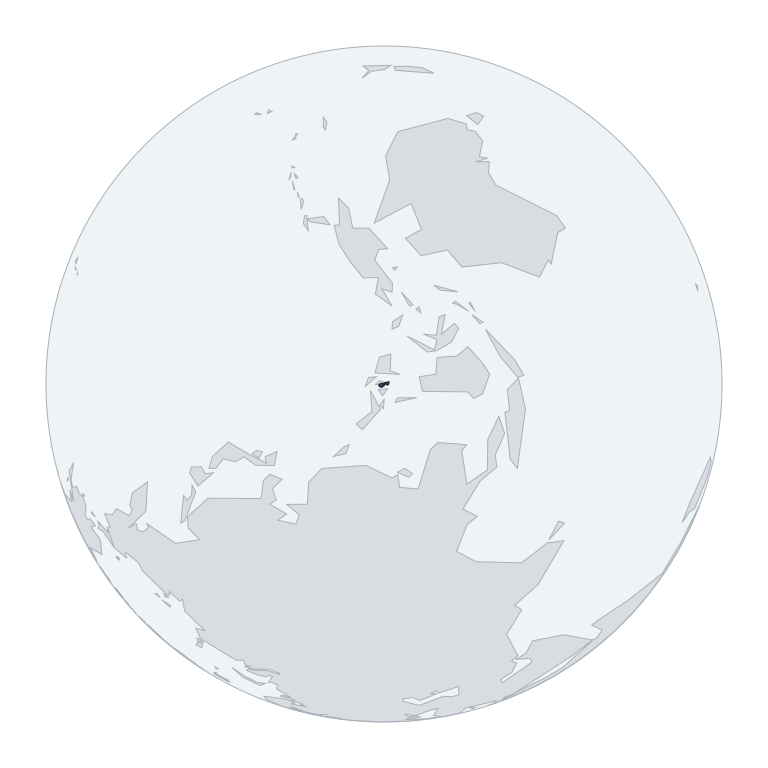 Negros Occidental on an orthographic globe, rotated 220°
{"feature_id": "PHL-2518", "entity_name": "Negros Occidental", "entity_type": "Province", "adm_level": 1, "iso_a3": "PHL", "parent_name": "Philippines", "parent_adm1": "", "projection": "orthographic", "projection_center": [123.001, 10.217], "detail": "fine", "context": "on_globe", "style": "filled", "palette": "slate", "viewbox_px": 768, "rotation_deg": 220, "n_neighbors": 0, "source": "natural_earth", "source_scale": "10m", "svg_char_len": 9768}
<svg xmlns="http://www.w3.org/2000/svg" viewBox="0 0 768 768"><g transform="rotate(220 384 384)"><circle cx="384" cy="384" r="338" fill="#eef3f6" stroke="#a8b0b8"/><path d="M656.3,507.4L656.0,509.7L655.7,510.1L656.3,507.4ZM567.3,100.1L557.9,94.5L548.4,93.5L556.7,101.0L546.0,94.2L569.2,115.0L571.3,124.2L562.1,109.3L555.8,104.6L553.7,108.0L546.9,104.0L541.9,103.8L533.9,99.2L529.1,92.0L523.8,89.2L522.7,91.9L513.9,89.9L516.4,86.1L501.3,82.4L490.5,72.1L503.6,69.8L490.8,64.1L488.9,62.8L516.1,73.0L542.2,85.4L567.3,100.1ZM700.0,284.8L697.2,277.5L699.6,280.6L700.0,284.8ZM695.0,274.1L696.1,276.3L695.1,274.7L695.0,274.1ZM694.0,273.6L694.7,274.0L694.2,274.3L694.0,273.6ZM692.9,273.9L693.4,273.4L693.4,273.8L692.9,273.9ZM690.2,272.1L689.4,271.4L689.6,270.1L690.2,272.1ZM579.0,108.0L577.6,107.1L576.6,106.4L579.0,108.0ZM564.1,107.9L564.4,106.1L566.5,109.4L564.1,107.9ZM542.6,104.7L544.8,106.6L541.3,105.8L542.6,104.7ZM525.8,98.2L519.6,96.7L525.1,96.9L525.8,98.2ZM515.4,95.1L500.4,92.7L503.9,96.5L485.7,85.3L504.5,90.5L510.7,89.7L510.7,92.3L515.4,95.1ZM478.1,59.4L478.7,59.7L466.4,56.4L463.6,55.6L478.1,59.4ZM478.1,80.1L473.8,78.8L477.4,78.8L478.1,80.1ZM485.1,61.8L482.1,61.2L471.4,58.2L468.8,57.8L466.0,56.3L485.1,61.8ZM458.6,54.6L454.7,53.7L459.2,55.0L451.3,53.3L450.9,52.8L447.7,52.4L445.3,51.9L447.7,52.1L458.6,54.6ZM432.4,49.6L432.0,49.5L431.6,49.5L432.4,49.6ZM442.0,51.1L441.0,50.9L435.4,50.0L436.1,50.1L442.0,51.1ZM446.1,52.6L458.3,55.2L458.0,55.3L446.1,52.6ZM428.3,49.0L429.2,49.2L427.3,48.9L428.3,49.0ZM440.0,51.2L444.4,52.0L443.9,52.0L440.0,51.2ZM427.3,49.0L426.3,48.8L430.0,49.3L427.3,49.0ZM432.7,49.9L431.0,49.8L432.0,49.6L434.7,50.2L432.7,49.9ZM438.9,51.1L440.0,51.4L437.1,50.8L438.9,51.1ZM413.8,47.9L414.1,47.5L422.4,48.3L420.9,48.5L413.8,47.9ZM97.7,204.4L94.7,209.7L94.3,213.6L113.3,188.1L114.1,181.0L125.0,167.1L133.0,161.8L133.9,170.2L138.1,165.2L146.6,150.5L156.0,144.1L150.6,145.1L145.9,150.8L142.4,152.1L146.4,147.1L149.6,144.7L151.9,140.8L136.2,154.9L129.9,162.3L130.1,161.1L149.6,140.5L170.9,121.7L193.7,104.8L192.7,105.5L195.1,104.0L205.6,97.4L202.3,100.0L213.4,93.2L215.6,93.9L222.2,88.0L234.6,81.8L243.0,79.0L248.3,76.3L234.7,81.2L228.1,84.3L220.6,88.4L208.8,95.0L231.3,82.6L254.6,71.9L270.8,66.9L275.4,67.6L255.7,80.1L247.2,82.5L250.0,78.8L235.4,87.3L242.3,84.1L239.6,86.7L250.8,82.9L249.4,84.6L262.6,78.4L262.1,80.2L253.8,84.1L270.0,81.5L272.5,85.1L276.9,83.8L280.8,81.3L281.4,88.4L284.5,87.2L285.6,84.3L292.6,80.3L305.2,76.4L304.7,79.0L300.1,80.8L289.7,89.1L277.5,94.4L278.5,95.2L289.0,91.4L301.8,81.0L309.5,78.0L304.6,82.6L307.0,80.6L310.7,80.1L313.9,82.2L319.7,77.3L361.0,71.2L371.3,76.0L362.3,79.9L390.6,81.9L400.0,89.5L400.9,86.5L415.1,86.9L412.4,84.4L413.9,83.1L449.1,85.7L457.0,89.2L473.2,89.1L473.7,87.9L468.7,85.1L485.7,85.3L503.9,96.5L501.8,98.5L514.6,105.0L508.1,109.4L508.7,116.7L494.3,119.2L496.0,125.7L500.8,127.7L506.7,138.8L502.2,156.9L484.6,133.4L487.2,109.6L484.3,117.9L478.6,113.8L473.7,115.8L472.2,122.5L475.9,124.6L441.2,127.9L425.0,146.3L441.5,147.9L449.2,155.9L445.3,183.5L404.5,217.3L414.4,232.6L413.3,241.6L400.9,245.5L402.2,232.2L391.9,225.9L394.5,218.4L375.1,221.8L377.9,211.3L361.4,220.1L364.9,229.3L381.0,229.3L365.4,242.7L378.5,260.3L377.2,279.5L345.4,310.1L317.4,317.2L315.1,323.3L305.5,314.9L290.4,325.5L306.3,363.4L305.1,373.8L281.6,390.7L281.6,382.9L256.1,360.6L249.5,384.7L268.7,408.0L275.3,433.2L259.7,423.6L253.3,401.4L244.3,392.9L248.0,371.6L243.1,338.8L227.5,342.6L230.0,330.0L220.8,302.4L199.1,307.2L163.7,335.3L156.7,367.2L145.5,379.5L137.1,329.8L141.6,298.5L133.4,299.6L129.1,271.0L106.8,261.9L108.2,253.5L103.0,255.6L100.7,245.4L104.7,232.2L101.2,231.3L91.8,266.3L96.1,267.7L106.1,257.4L102.2,269.5L105.0,282.8L85.3,307.2L59.8,321.9L65.0,297.6L85.9,229.1L89.6,222.7L90.1,222.0L90.8,220.6L84.7,230.5L90.9,217.9L71.4,263.2L64.7,282.3L59.3,323.1L57.9,326.3L58.5,335.6L69.9,332.9L68.2,340.8L58.1,374.7L49.2,417.6L54.9,453.8L61.8,483.3L64.4,493.7L57.1,469.7L51.7,445.2L48.0,420.4L46.3,395.4L46.4,370.3L48.3,345.3L52.1,320.5L57.7,296.1L65.1,272.1L74.3,248.8L85.2,226.2L97.7,204.4ZM126.8,194.4L132.6,200.0L143.8,181.8L146.9,182.8L149.6,176.7L144.6,180.5L153.1,164.6L160.5,162.2L166.9,155.4L165.3,153.3L150.3,160.5L137.9,182.8L130.7,188.3L126.8,194.4ZM394.0,46.2L395.1,46.3L386.7,46.4L373.4,46.5L376.3,46.6L370.0,47.3L358.8,48.0L364.5,47.1L348.0,48.8L349.3,48.1L347.3,48.4L344.1,48.5L336.8,49.4L365.3,46.6L394.0,46.2ZM418.9,47.9L419.0,47.9L413.4,47.4L412.6,47.4L407.5,47.0L411.0,47.8L394.9,47.0L387.7,46.5L405.3,46.8L418.9,47.9ZM309.8,56.5L314.3,55.2L315.9,55.0L327.9,52.7L327.9,53.6L320.6,55.3L309.8,56.5ZM109.6,191.4L105.8,195.3L107.6,192.1L108.5,191.4L109.6,191.4ZM109.9,186.4L109.2,187.4L109.6,186.8L109.9,186.4ZM311.8,57.0L316.8,55.8L313.6,57.1L311.8,57.0ZM328.5,54.2L325.9,55.4L329.3,53.5L328.5,54.2ZM203.1,656.8L210.1,661.1L206.9,660.5L203.1,656.8ZM73.0,488.7L86.8,537.5L83.4,534.9L75.8,518.8L66.0,488.3L67.7,482.5L66.6,469.7L73.0,488.7ZM360.6,498.2L371.1,500.6L370.7,502.1L360.6,498.2ZM349.5,491.9L361.4,493.5L347.6,495.1L349.5,491.9ZM366.1,494.1L378.2,492.2L383.4,490.2L382.6,493.3L366.1,494.1ZM341.5,491.2L298.9,486.4L282.4,480.4L286.0,475.2L312.8,479.7L341.5,491.2ZM284.7,474.9L259.7,455.9L227.6,405.1L239.0,407.5L273.1,440.0L270.9,444.6L285.9,459.0L284.7,474.9ZM346.1,452.2L343.8,466.6L320.0,462.9L309.4,459.4L302.0,439.7L306.1,430.6L314.7,431.9L349.7,403.1L361.6,412.2L350.6,424.8L360.4,438.5L346.1,452.2ZM157.5,370.6L162.1,391.2L156.3,393.3L157.5,370.6ZM364.8,381.9L350.1,394.6L363.8,377.1L364.8,381.9ZM373.6,365.0L374.0,372.2L368.6,364.8L373.6,365.0ZM313.8,332.9L304.6,333.5L304.9,328.5L316.9,324.9L313.8,332.9ZM376.0,296.1L374.1,310.4L371.7,315.1L368.4,306.0L376.0,296.1ZM318.3,69.2L301.5,70.8L289.4,74.0L282.5,78.3L285.0,73.5L303.7,68.6L318.3,69.2ZM355.7,70.3L361.7,67.5L364.0,69.1L362.9,69.9L355.7,70.3ZM355.9,68.4L354.1,64.7L360.6,63.4L360.8,66.5L355.9,68.4ZM332.2,58.9L327.3,59.1L329.9,57.9L332.2,58.9ZM576.9,631.6L580.5,633.5L570.9,642.1L557.7,651.0L545.5,654.1L576.9,631.6ZM479.9,653.1L478.9,643.1L493.1,642.6L487.7,651.3L479.9,653.1ZM586.1,624.8L594.7,615.4L597.5,603.9L597.0,614.3L604.4,614.2L583.5,632.6L586.1,624.8ZM425.7,608.3L360.0,623.9L345.2,620.0L348.2,611.6L333.1,583.4L337.8,584.4L333.7,565.8L372.1,552.4L399.3,523.8L421.6,527.4L437.9,506.2L461.2,509.4L454.6,526.6L479.3,539.7L494.9,501.1L510.9,544.1L529.4,559.8L535.6,586.2L505.8,628.5L487.9,636.2L484.0,632.1L476.7,636.1L464.7,633.8L457.1,619.5L449.9,623.5L456.5,613.3L446.3,622.1L439.6,612.8L425.7,608.3ZM592.3,540.8L595.9,542.0L601.9,549.3L596.0,547.9L592.3,540.8ZM647.1,516.4L648.8,519.8L645.0,520.8L647.1,516.4ZM655.7,510.1L651.1,511.7L656.3,507.4L655.7,510.1ZM610.6,516.4L612.5,519.0L611.0,520.0L610.6,516.4ZM609.2,515.5L611.2,511.3L611.0,515.5L609.2,515.5ZM591.5,492.4L593.6,490.2L594.7,492.0L591.5,492.4ZM386.7,502.1L401.2,492.0L409.3,491.7L386.7,502.1ZM588.3,487.6L582.8,487.1L583.3,484.8L588.3,487.6ZM588.6,482.3L587.9,479.1L591.4,486.7L588.6,482.3ZM578.0,474.9L584.7,480.8L577.2,475.5L578.0,474.9ZM574.0,475.5L569.2,472.8L569.5,471.8L574.0,475.5ZM520.3,477.3L538.4,497.2L524.1,496.0L508.1,483.3L496.0,493.6L468.3,490.0L474.5,483.6L470.7,472.9L442.4,466.7L436.7,459.5L446.7,455.7L428.2,448.9L448.4,447.4L456.8,462.0L468.2,451.9L488.3,456.0L508.0,462.0L524.1,473.4L520.3,477.3ZM448.8,478.1L452.3,478.3L449.2,482.3L448.8,478.1ZM559.9,464.7L566.9,471.8L566.1,473.5L562.7,472.3L559.9,464.7ZM527.8,471.2L545.0,460.7L549.1,461.1L537.7,473.6L527.8,471.2ZM540.7,452.9L548.8,455.0L553.1,461.8L551.5,463.5L540.7,452.9ZM407.5,461.9L406.8,465.7L401.6,462.2L407.5,461.9ZM414.2,460.1L430.0,465.6L412.8,463.3L414.2,460.1ZM367.4,442.5L371.8,452.1L386.0,447.5L375.2,454.9L385.0,470.9L381.8,476.3L372.1,459.1L368.9,475.6L362.7,474.7L359.1,460.0L365.3,443.0L371.5,436.3L397.2,435.6L367.4,442.5ZM414.0,448.9L409.9,437.9L413.0,431.1L417.5,437.1L414.0,448.9ZM398.1,411.3L387.6,398.1L377.7,401.8L398.0,386.6L404.7,401.7L398.1,411.3ZM389.7,383.6L380.4,387.0L390.2,378.0L389.7,383.6ZM378.2,382.7L377.6,374.1L384.7,375.9L378.2,382.7ZM394.5,384.5L396.8,370.3L400.1,379.0L394.5,384.5ZM375.5,355.1L390.2,370.3L370.4,362.5L371.2,335.2L379.8,335.4L375.5,355.1ZM433.4,254.0L432.2,246.7L440.4,245.9L438.9,251.1L433.4,254.0ZM466.0,239.4L442.2,243.4L423.0,247.9L428.3,251.7L422.7,263.5L415.5,251.2L430.0,239.3L444.4,238.3L447.8,228.8L459.1,223.4L458.6,211.3L463.9,206.9L468.8,217.9L466.0,239.4ZM457.7,206.2L460.9,186.3L475.7,191.0L478.3,196.4L470.6,203.3L463.3,200.3L457.7,206.2ZM466.0,183.1L458.9,180.4L448.7,151.3L450.2,146.6L465.8,169.7L460.0,168.5L459.9,175.3L466.0,183.1ZM474.5,80.3L473.9,78.9L477.1,80.6L474.5,80.3ZM412.1,81.8L414.7,80.3L418.3,81.8L412.1,81.8ZM423.9,77.4L418.0,76.6L424.5,76.3L423.9,77.4ZM404.6,75.5L415.7,75.8L404.8,77.2L404.6,75.5Z" fill="#d9dde1" stroke="#a8b0b8" stroke-width="1"/><path d="M381.6,388.6L381.5,388.4L381.4,388.3L381.3,388.0L381.2,387.9L380.9,387.5L380.8,387.4L380.8,387.2L380.7,387.2L380.7,387.3L380.6,387.2L380.5,386.8L380.6,386.6L380.6,386.4L380.5,386.2L380.8,385.7L380.9,385.4L381.1,385.4L381.3,385.4L381.8,385.4L381.9,385.5L382.0,385.4L382.3,385.4L382.7,385.0L382.9,384.9L383.0,384.9L383.3,384.7L383.3,384.4L383.2,384.2L383.2,383.9L383.2,383.2L383.0,382.5L382.9,382.2L383.0,382.1L383.3,382.0L383.5,381.8L383.5,381.6L384.1,381.8L384.4,381.3L383.9,380.9L383.8,380.5L383.7,380.4L383.7,380.2L383.8,380.2L384.0,379.9L384.3,379.9L384.5,379.8L385.0,379.5L385.2,379.4L385.5,379.4L385.5,379.5L385.8,379.6L386.0,379.7L386.3,379.6L386.3,379.8L386.5,379.7L386.7,379.8L386.9,379.8L387.0,379.9L387.1,380.2L387.2,380.3L387.3,380.4L387.3,380.7L387.2,380.8L387.1,381.0L387.0,381.3L386.8,382.0L386.7,382.2L386.3,382.7L386.2,382.8L386.1,383.0L385.7,382.9L385.5,382.7L385.4,382.7L385.1,382.7L385.0,382.8L384.8,382.8L385.0,383.5L384.9,383.9L384.1,385.5L381.6,388.6Z" fill="#64748b" stroke="#1e293b" stroke-width="1.5"/></g></svg>